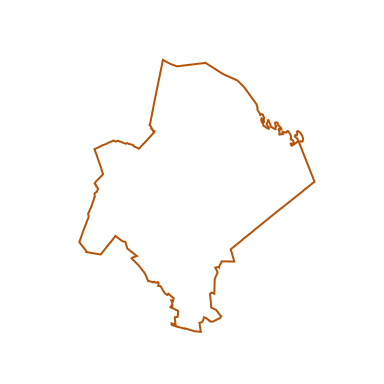 the district of Stradu pag., Gulbene, Latvia, rotated 249°
{"feature_id": "27541924B17410548026039", "entity_name": "Stradu pag.", "entity_type": "district", "adm_level": 2, "iso_a3": "LVA", "parent_name": "Latvia", "parent_adm1": "Gulbene", "projection": "equal_earth", "projection_center": [26.834, 57.111], "detail": "fine", "context": "isolated", "style": "outline", "palette": "amber", "viewbox_px": 384, "rotation_deg": 249, "n_neighbors": 0, "source": "geoboundaries", "source_scale": "gbopen_adm2", "svg_char_len": 5795}
<svg xmlns="http://www.w3.org/2000/svg" viewBox="0 0 384 384"><g transform="rotate(249 192 192)"><path d="M268.2,137.3L268.0,134.5L268.0,132.3L267.7,130.1L267.6,127.1L267.7,125.4L267.2,121.2L267.0,116.3L262.5,116.2L260.1,116.3L258.8,116.1L247.5,115.8L244.7,115.5L240.5,115.4L239.2,112.8L236.5,106.7L235.4,104.8L234.9,104.2L232.5,104.6L232.7,104.8L228.5,105.5L227.0,103.8L226.2,103.2L226.2,102.8L225.8,100.7L225.6,100.5L222.1,99.4L221.9,98.8L219.7,97.3L218.3,95.8L217.9,95.7L213.2,91.7L212.9,91.0L210.3,88.8L210.4,88.7L210.2,88.4L208.9,87.2L206.5,86.9L205.4,86.2L204.9,86.0L201.8,82.8L201.6,82.8L198.9,80.4L196.2,77.9L192.3,74.5L192.1,74.4L190.1,72.7L185.7,68.9L183.9,69.3L174.9,72.1L174.6,72.2L174.3,72.1L173.8,71.8L166.3,84.5L167.6,86.4L173.2,95.9L173.3,96.0L173.8,96.9L174.3,98.1L177.6,103.5L178.4,104.8L171.1,109.3L169.3,111.9L167.1,111.8L167.0,111.7L162.3,111.4L152.0,117.6L152.1,113.1L152.0,112.0L151.8,111.8L142.7,115.9L133.4,118.7L131.4,119.0L124.7,119.1L124.7,119.3L124.1,119.9L124.0,120.3L124.0,120.5L123.6,121.0L122.8,121.8L121.6,123.2L122.0,123.8L121.6,124.8L120.5,125.3L119.9,127.1L120.3,127.5L120.1,127.7L119.3,128.2L119.0,128.2L118.6,128.1L116.4,126.8L115.3,128.9L115.1,129.0L111.4,129.5L107.3,130.3L105.6,131.2L105.4,131.4L104.7,132.2L105.2,132.6L105.2,132.9L105.5,133.2L105.6,133.5L102.5,135.1L99.3,136.9L97.2,135.3L97.9,134.7L98.2,134.2L98.3,133.8L96.9,134.0L97.0,133.7L96.7,133.7L96.3,133.9L95.7,133.9L94.5,133.6L94.4,133.4L94.2,133.3L93.4,133.2L93.1,133.0L92.8,132.9L92.5,132.7L92.8,132.3L92.2,132.3L91.9,131.5L92.2,131.3L92.4,130.7L92.2,130.5L91.2,131.5L89.2,133.5L86.1,136.3L83.7,135.5L80.6,133.8L81.2,131.1L80.6,131.0L78.6,130.1L77.1,130.0L75.9,129.5L74.2,129.2L76.5,126.0L76.1,125.8L76.3,125.6L75.7,125.4L75.0,125.6L73.1,128.1L72.4,128.7L72.2,128.9L71.9,129.3L72.1,129.4L70.5,131.4L66.8,136.5L67.1,136.7L61.2,144.4L60.3,145.9L59.8,147.2L58.3,150.1L63.3,151.2L67.2,152.1L66.9,154.7L68.2,156.4L70.8,158.3L69.6,159.6L69.3,160.0L67.4,161.1L65.6,162.0L65.8,162.1L65.3,162.4L64.4,163.2L64.0,163.6L64.0,163.9L63.7,164.4L63.6,164.6L63.6,166.2L63.7,166.8L64.1,170.2L64.1,172.1L64.3,172.8L64.6,173.4L65.5,174.8L66.9,174.1L73.1,172.4L74.9,170.8L75.2,170.4L76.8,168.9L77.1,168.7L77.6,168.6L79.6,169.3L88.9,171.9L90.6,172.5L91.1,174.3L89.0,176.4L102.6,182.0L107.9,187.2L113.0,186.6L112.5,190.6L112.4,190.6L113.1,191.1L114.6,192.6L114.6,192.9L116.6,194.8L114.9,199.3L113.5,202.4L111.9,206.6L118.2,207.1L121.6,207.4L124.6,207.5L129.1,221.4L129.3,221.6L130.6,225.6L131.1,227.1L133.3,234.3L134.3,236.9L137.2,245.8L137.3,246.1L137.2,246.1L137.5,246.9L137.8,247.7L141.0,257.5L141.1,257.8L145.0,269.9L144.9,270.0L153.4,296.7L153.5,296.7L154.4,299.4L154.3,299.5L156.4,305.8L157.6,310.0L163.6,310.1L163.9,310.0L199.4,309.7L199.3,309.9L199.9,310.1L200.2,310.5L200.4,311.2L200.4,311.6L200.3,312.0L199.6,312.8L199.6,313.1L199.6,313.4L199.9,313.8L201.1,314.3L201.9,314.8L202.4,314.9L203.7,314.9L204.6,315.1L205.6,314.9L206.3,314.8L208.4,314.4L210.4,313.3L210.9,312.8L211.0,312.4L211.0,312.1L210.7,311.7L208.1,310.9L207.6,310.5L207.5,310.2L207.6,309.9L208.1,309.2L208.1,308.8L207.8,308.5L207.0,308.0L206.4,308.1L205.2,309.0L203.5,309.5L203.0,309.6L202.2,309.7L201.7,309.4L200.9,307.7L200.2,305.5L200.0,304.0L199.6,303.3L199.5,303.0L199.6,302.5L199.5,301.9L199.6,301.7L200.0,301.5L201.3,301.4L201.7,301.4L201.8,301.7L201.8,302.0L201.3,302.9L201.2,303.8L201.4,304.4L201.6,304.6L202.3,304.8L203.4,304.8L204.0,304.7L205.2,303.9L205.4,303.7L205.4,303.3L205.8,303.1L206.4,303.2L206.8,303.6L207.2,304.0L208.2,304.2L208.6,304.5L209.3,304.5L211.6,304.2L213.7,303.7L214.5,303.3L214.7,303.0L214.7,302.8L214.7,302.6L213.6,301.6L213.6,301.4L214.7,299.5L214.9,299.1L215.6,298.6L215.7,298.4L215.7,298.1L215.5,297.9L215.1,297.8L213.5,297.9L213.4,297.9L213.3,297.7L213.7,296.9L213.8,296.3L214.1,295.6L214.1,294.8L214.3,294.2L214.8,294.1L215.7,294.9L216.3,295.2L219.1,295.2L219.4,295.3L219.9,296.0L219.9,296.3L219.8,296.5L219.0,297.1L218.4,297.4L218.3,297.5L218.3,297.9L218.5,298.1L220.5,297.8L221.6,297.4L223.4,296.6L223.9,296.5L225.4,296.7L225.7,296.7L226.2,296.4L226.5,296.2L226.9,295.4L226.9,294.6L226.7,294.3L226.3,294.2L225.3,294.0L224.3,293.7L224.0,293.8L223.6,294.3L223.2,294.3L223.0,294.1L222.3,293.0L222.0,292.8L221.8,292.6L220.9,292.6L220.7,292.5L220.8,292.2L221.0,291.9L221.8,291.3L222.9,290.3L223.7,290.0L224.0,289.5L224.5,289.0L225.1,288.9L225.8,289.0L226.5,289.5L228.5,289.2L230.0,289.3L230.8,289.1L231.3,289.2L231.8,289.1L231.8,288.9L230.5,288.0L229.9,287.3L229.2,286.4L229.0,286.2L228.2,286.0L225.3,286.5L224.4,286.8L223.9,286.7L223.7,286.6L223.6,286.4L223.7,285.9L225.8,284.1L226.4,283.9L227.7,283.0L227.9,282.9L228.0,282.5L228.2,282.4L229.2,282.7L230.0,282.6L232.2,282.3L233.8,282.3L234.5,282.4L235.8,283.2L235.9,283.3L235.9,283.5L235.6,283.7L235.1,283.8L233.5,283.8L232.6,283.7L231.7,283.7L231.3,283.8L231.2,284.0L231.4,284.3L231.7,284.5L233.3,284.6L235.7,286.0L236.0,286.1L236.8,285.8L237.1,285.8L238.7,285.9L239.2,285.7L239.7,285.0L239.7,284.7L239.7,284.4L239.3,283.7L239.3,283.3L240.0,283.2L241.4,283.4L243.7,282.8L246.0,282.7L246.4,282.8L247.0,283.4L247.3,283.4L247.9,283.4L248.1,283.5L249.0,283.3L249.4,283.5L250.0,283.7L250.3,283.8L270.7,278.4L279.7,274.5L290.8,263.4L307.7,250.9L307.8,250.8L307.7,250.7L308.7,246.8L308.9,246.1L314.7,223.1L318.8,218.2L325.7,212.2L287.4,187.7L285.8,186.8L272.2,178.3L269.8,176.7L269.7,176.4L269.1,176.5L267.7,177.1L266.9,177.2L266.4,177.2L265.8,176.7L265.3,176.7L264.9,176.9L264.8,177.5L264.4,177.7L263.8,177.7L263.2,177.5L262.5,177.6L262.3,177.7L262.2,178.0L262.2,178.6L260.9,177.7L260.8,177.0L254.9,165.3L253.9,162.9L253.1,161.3L251.9,159.1L251.5,158.1L251.9,158.1L252.1,157.4L255.9,153.8L257.2,153.7L259.3,150.5L261.0,148.9L260.8,147.4L266.3,141.3L266.5,139.4L266.4,138.8L266.4,138.7L268.2,137.3Z" fill="none" stroke="#b45309" stroke-width="2"/></g></svg>